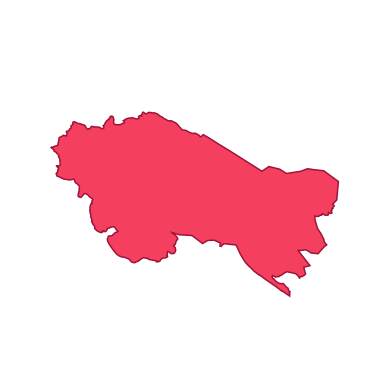 the district of Cirmas pag., Ludzas, Latvia, rotated 216°
{"feature_id": "27541924B88018197851327", "entity_name": "Cirmas pag.", "entity_type": "district", "adm_level": 2, "iso_a3": "LVA", "parent_name": "Latvia", "parent_adm1": "Ludzas", "projection": "equal_earth", "projection_center": [27.6, 56.52], "detail": "fine", "context": "isolated", "style": "filled", "palette": "rose", "viewbox_px": 384, "rotation_deg": 216, "n_neighbors": 0, "source": "geoboundaries", "source_scale": "gbopen_adm2", "svg_char_len": 6023}
<svg xmlns="http://www.w3.org/2000/svg" viewBox="0 0 384 384"><g transform="rotate(216 192 192)"><path d="M279.8,218.4L284.2,217.0L284.1,216.1L286.0,215.3L288.2,212.5L289.4,209.5L288.7,209.7L288.4,209.5L288.4,208.9L287.7,208.2L287.6,207.6L288.6,206.6L288.8,206.2L288.7,205.8L289.8,204.3L291.6,202.7L293.2,201.7L295.0,201.3L295.7,201.6L296.3,202.2L297.3,203.6L297.4,204.3L299.5,206.1L300.2,206.4L301.1,206.4L302.3,205.6L302.4,204.7L301.8,204.4L301.7,204.1L302.4,202.7L301.9,201.8L302.0,201.5L302.4,201.1L302.5,200.7L302.4,200.5L302.9,199.4L302.9,197.5L302.4,194.5L302.9,193.5L301.9,193.0L300.9,191.7L301.0,191.3L301.8,190.6L302.5,190.2L305.2,189.9L309.1,187.4L311.5,186.3L311.9,185.9L312.0,184.8L311.8,184.3L312.1,182.9L313.0,182.4L313.1,181.6L313.3,181.4L313.7,181.3L315.5,181.8L317.1,182.7L318.2,182.9L320.7,182.0L323.2,181.3L324.9,180.3L327.5,180.0L328.3,179.8L328.9,179.3L329.3,178.9L329.2,178.2L328.7,177.3L327.9,177.0L328.8,174.5L328.2,173.5L327.6,173.2L327.4,172.5L327.6,171.8L328.1,170.6L327.6,169.7L327.7,168.7L329.0,167.8L329.1,167.3L328.9,166.6L327.4,166.0L326.7,163.8L326.8,163.3L328.1,162.9L329.5,162.1L329.7,161.8L329.7,161.0L331.4,157.9L329.5,154.1L328.1,150.7L330.8,147.1L330.9,146.4L332.0,145.8L332.1,145.1L328.3,145.0L328.0,144.2L327.4,144.0L326.8,143.9L326.2,144.2L325.0,144.2L324.7,144.1L324.3,143.8L323.1,143.8L320.9,143.0L320.8,142.1L318.8,141.3L315.9,138.2L315.3,137.2L314.8,137.0L314.6,136.5L314.5,136.1L314.9,135.3L315.0,134.8L315.4,134.5L316.4,134.2L316.8,133.9L316.9,133.3L316.6,133.2L316.1,133.3L315.5,133.0L314.4,133.2L314.2,133.0L314.1,132.5L313.6,132.3L313.6,131.9L313.3,131.4L313.5,131.0L313.1,130.0L312.4,129.5L312.5,128.6L312.8,128.0L312.6,127.7L312.7,127.1L312.4,126.7L311.0,126.1L310.9,125.6L303.4,127.1L297.9,129.9L296.2,131.9L294.7,133.0L292.1,131.1L291.4,131.0L290.4,131.3L288.0,130.7L286.5,130.7L285.3,128.5L284.9,128.3L282.3,122.4L281.2,121.5L279.1,122.0L278.6,122.8L278.4,123.3L278.3,127.2L276.9,128.2L275.0,128.4L273.6,128.3L271.9,127.8L270.6,128.0L268.3,127.9L267.8,127.5L267.8,126.6L267.6,125.8L266.4,124.6L266.7,124.3L266.3,123.8L266.7,123.6L266.8,123.1L266.5,122.1L265.8,120.2L265.3,119.3L264.4,118.4L264.3,117.7L263.7,116.8L263.3,116.4L262.5,116.2L262.4,115.7L261.7,115.1L261.7,114.8L260.4,114.0L259.6,113.0L259.6,112.8L259.1,112.2L258.2,111.9L257.8,111.2L257.3,111.1L256.3,110.3L256.0,110.1L256.1,109.6L255.3,109.1L255.4,108.8L254.1,108.3L253.7,108.3L253.6,107.9L253.3,107.7L250.6,107.0L250.1,106.6L249.5,105.5L248.9,105.1L246.0,104.8L244.7,104.9L241.7,105.6L241.5,106.4L240.8,106.8L240.8,107.7L241.4,108.0L241.4,108.4L238.9,108.9L238.6,109.2L238.5,109.6L238.7,110.6L238.5,111.7L238.8,112.5L238.7,113.2L237.8,114.1L237.6,114.8L236.5,116.3L235.5,117.5L235.0,117.8L233.9,118.0L232.2,117.5L231.2,117.0L229.0,116.9L228.7,116.7L228.8,115.9L230.1,114.5L230.4,113.8L230.5,112.7L230.7,111.8L231.1,109.5L231.4,109.0L233.0,108.0L233.7,107.2L233.6,106.6L233.0,105.6L233.0,104.6L232.8,104.1L232.0,103.2L230.6,102.3L227.4,100.7L220.8,98.5L218.4,98.0L217.7,97.7L216.1,97.4L213.1,97.5L210.5,98.2L208.7,99.3L206.5,100.0L203.3,100.7L200.3,99.9L199.3,100.0L197.4,100.6L196.4,101.7L196.2,102.9L195.5,103.4L195.2,103.8L194.3,105.9L194.0,107.6L193.7,107.9L192.7,110.3L192.4,110.7L190.9,111.1L189.0,111.9L188.8,112.4L188.5,112.5L187.5,112.2L186.7,112.3L180.1,115.5L179.7,114.6L178.2,115.8L177.6,116.6L177.3,117.6L177.5,119.6L177.1,120.6L176.3,121.9L174.7,123.2L174.2,124.4L173.7,124.9L173.7,125.3L175.1,125.9L174.9,126.4L176.6,129.1L176.6,129.5L176.3,129.8L174.9,130.1L173.8,129.8L172.7,129.9L171.2,130.9L170.4,132.1L170.5,133.9L170.9,135.2L172.8,137.2L175.0,137.4L175.0,138.1L175.5,138.7L175.5,138.9L174.9,139.3L174.8,139.8L175.1,141.0L175.7,141.8L176.0,144.6L175.7,145.1L176.5,146.2L177.0,146.5L179.2,147.1L181.8,147.3L183.4,147.1L184.4,147.4L177.2,149.9L167.1,156.4L165.8,156.8L153.1,156.5L150.9,162.0L145.7,166.0L139.1,167.5L137.7,164.7L136.4,165.1L136.5,166.0L135.6,169.1L129.0,172.8L127.2,174.0L125.9,174.5L125.3,175.0L125.0,175.0L116.5,170.2L111.9,168.2L106.9,166.3L102.0,165.4L102.0,165.7L100.0,165.2L95.1,164.4L88.8,164.3L88.7,164.6L81.3,164.5L68.8,164.8L61.0,164.6L61.0,164.9L51.9,165.2L52.5,165.9L52.4,166.3L52.6,166.7L53.3,167.0L53.4,167.3L53.7,167.3L53.8,167.6L54.4,168.3L54.5,168.5L54.0,168.8L54.1,169.0L54.8,168.8L55.8,169.2L57.0,169.9L57.7,170.6L59.1,170.5L60.7,170.7L64.2,171.7L66.1,170.2L68.4,169.2L72.5,169.1L74.3,169.8L75.8,169.5L76.3,169.6L77.3,170.5L77.8,171.6L77.6,171.9L74.6,172.2L73.1,173.7L71.9,174.7L71.8,175.9L70.7,177.2L70.6,178.4L70.2,179.0L69.2,181.7L68.2,183.4L61.3,186.4L59.8,186.9L56.9,186.5L53.8,185.3L54.6,185.9L54.9,186.4L54.6,187.0L53.3,188.2L53.0,189.1L52.3,190.5L51.9,192.4L57.4,196.8L53.5,201.4L53.3,201.9L54.4,202.1L71.7,207.0L71.1,208.0L69.9,208.3L66.3,211.9L65.6,212.2L62.2,212.7L60.0,212.6L53.8,216.1L52.9,225.0L52.5,226.5L51.9,228.4L55.5,229.3L58.0,231.5L59.8,232.3L62.9,234.0L68.9,236.2L76.1,241.8L78.2,244.2L78.5,244.8L77.7,245.0L75.3,246.6L75.1,247.0L75.0,247.9L74.8,248.4L73.6,249.2L73.5,249.7L73.5,250.2L74.0,250.7L73.8,251.1L72.8,251.4L71.3,251.3L70.6,251.5L68.6,253.0L68.3,253.5L68.4,254.0L68.9,254.7L69.5,255.2L69.6,255.5L67.4,256.0L66.8,256.7L66.5,257.4L66.8,257.8L68.0,258.1L68.3,258.6L68.1,259.9L69.0,260.7L68.8,261.2L68.4,261.6L68.8,262.1L68.9,262.6L68.7,264.2L68.8,264.4L69.3,264.7L71.1,264.8L70.2,270.6L79.7,286.5L97.9,286.6L107.6,281.1L110.1,279.9L112.4,278.5L116.1,272.8L126.5,262.5L134.5,262.0L145.0,257.7L144.9,257.2L147.7,249.9L185.2,247.5L198.4,246.4L210.4,245.7L216.7,245.0L217.1,242.3L217.8,241.5L219.7,242.1L223.8,241.5L226.2,239.6L228.8,238.8L233.4,238.2L236.2,236.5L241.9,237.6L242.9,238.0L245.6,238.4L250.7,237.4L252.3,236.1L253.5,235.5L256.1,235.4L257.7,234.9L260.8,235.1L262.0,234.6L265.4,234.8L267.2,234.5L269.8,233.5L269.9,233.1L270.8,232.5L272.6,231.9L273.2,231.2L274.1,230.7L274.5,229.0L274.7,228.6L275.8,228.0L278.0,228.0L278.7,227.6L278.8,227.3L278.2,225.8L278.3,224.6L277.5,223.9L278.9,223.4L279.6,221.9L279.5,221.5L278.6,221.0L278.2,220.4L279.8,218.4Z" fill="#f43f5e" stroke="#9f1239" stroke-width="1.5"/></g></svg>